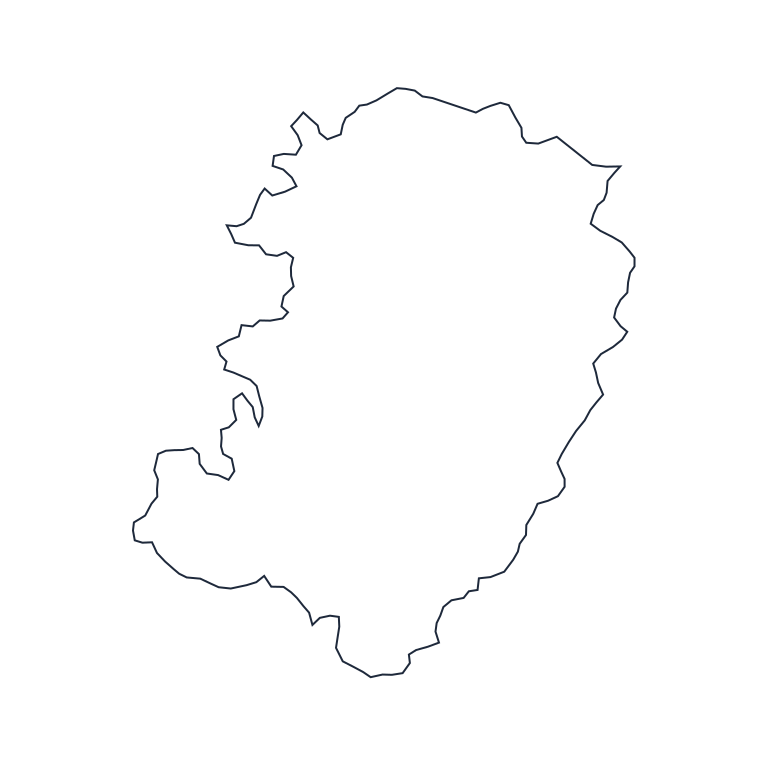 Tomar do Geru, Sergipe, Brazil, rotated 78°
{"feature_id": "56859067B43639455387772", "entity_name": "Tomar do Geru", "entity_type": "district", "adm_level": 2, "iso_a3": "BRA", "parent_name": "Brazil", "parent_adm1": "Sergipe", "projection": "albers", "projection_center": [-37.876, -11.378], "detail": "fine", "context": "isolated", "style": "outline", "palette": "slate", "viewbox_px": 768, "rotation_deg": 78, "n_neighbors": 0, "source": "geoboundaries", "source_scale": "gbopen_adm2", "svg_char_len": 2779}
<svg xmlns="http://www.w3.org/2000/svg" viewBox="0 0 768 768"><g transform="rotate(78 384 384)"><path d="M668.0,458.0L667.9,445.8L670.1,436.8L670.7,425.9L662.3,416.7L653.8,415.9L650.9,407.9L650.1,395.6L648.4,384.0L636.9,385.1L628.8,382.2L622.3,377.1L614.5,372.3L609.6,363.0L609.8,350.6L604.4,344.1L604.9,335.3L593.8,331.6L595.0,320.0L592.6,305.4L582.8,294.2L575.8,287.9L568.5,284.5L561.2,276.5L551.5,274.1L542.0,265.0L533.1,258.7L532.3,247.8L529.9,237.2L522.1,228.7L514.4,227.1L506.6,228.9L497.2,230.8L489.4,224.7L479.3,215.4L469.9,205.9L461.3,195.2L452.4,187.6L446.2,180.1L439.9,171.9L427.5,174.3L416.8,174.3L407.5,175.1L399.8,165.5L395.4,152.3L390.1,141.9L383.5,135.2L376.6,140.6L366.8,145.1L358.5,141.4L350.9,135.2L345.2,127.0L335.3,124.1L326.4,120.2L321.0,114.5L312.6,112.7L305.6,116.1L295.0,122.0L287.7,129.9L279.1,140.6L270.2,148.5L261.1,143.5L253.4,137.8L249.7,130.7L243.2,126.5L231.9,123.1L225.4,114.8L220.3,107.7L217.6,121.6L213.0,134.8L178.1,163.6L180.9,183.1L177.6,194.7L170.6,197.6L162.0,196.3L150.7,200.1L137.2,204.0L133.1,211.7L134.1,222.1L135.4,230.0L137.6,237.7L114.4,277.0L110.7,286.6L103.4,292.9L99.8,301.5L97.3,309.9L100.6,319.8L105.0,332.4L107.1,342.6L106.6,350.3L111.7,356.1L115.7,366.1L121.9,370.5L130.8,374.4L132.9,388.5L125.1,394.8L117.3,395.1L110.5,400.2L101.6,406.5L107.6,414.2L112.5,421.2L122.7,416.7L133.3,415.0L141.4,422.5L138.1,434.2L138.1,444.2L147.5,447.6L153.2,438.0L163.0,431.2L172.4,428.5L175.3,440.8L176.4,454.1L168.0,460.1L173.2,465.9L181.5,471.6L193.7,479.5L198.2,487.8L199.0,495.4L196.1,504.8L205.5,502.3L214.8,500.4L220.1,487.8L222.4,477.4L232.6,472.4L236.4,462.0L234.7,452.4L241.7,446.6L250.5,450.8L259.1,452.4L269.8,452.1L277.1,463.8L286.9,468.2L293.9,463.0L298.8,469.6L298.4,482.1L296.0,492.4L300.4,500.4L296.8,511.1L307.2,516.1L309.0,527.3L313.0,539.4L322.0,538.1L329.3,533.4L336.6,537.3L341.5,528.9L346.8,521.4L352.0,514.0L359.5,509.0L370.1,508.6L382.2,507.8L390.5,509.8L399.0,515.3L389.7,517.4L379.3,517.2L372.0,521.0L363.6,524.8L367.6,534.4L377.4,536.5L388.4,536.0L394.1,544.8L394.9,553.0L403.0,554.0L411.2,556.4L419.0,555.9L425.4,548.5L438.1,548.5L445.4,556.0L438.6,565.2L434.7,575.9L423.8,580.9L414.1,579.6L406.8,584.6L406.8,594.2L405.1,602.9L403.9,611.2L405.5,619.6L412.8,623.0L420.6,626.7L430.3,625.0L439.7,627.9L447.1,629.2L452.7,636.3L463.0,644.9L467.4,657.4L475.2,660.0L485.1,660.3L489.0,653.3L490.6,643.8L502.1,641.2L512.2,635.0L521.1,628.4L527.0,623.8L532.2,617.2L536.2,604.2L543.2,595.0L548.4,588.0L552.2,576.4L552.2,568.1L552.2,560.2L551.3,550.1L546.8,541.1L558.8,536.4L561.6,524.4L568.4,518.2L575.1,513.7L584.5,509.0L592.1,504.8L604.8,504.1L599.4,495.4L599.4,485.0L602.4,476.6L612.1,478.2L621.0,481.6L632.1,485.8L646.7,482.0L654.8,472.1L661.5,464.2L668.0,458.0Z" fill="none" stroke="#1e293b" stroke-width="2"/></g></svg>